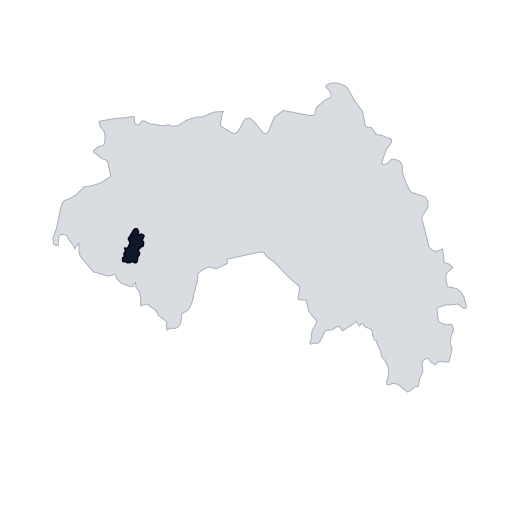 Fria, Fria, Guinea shown in context, rotated 348°
{"feature_id": "49546643B99930178329351", "entity_name": "Fria", "entity_type": "district", "adm_level": 2, "iso_a3": "GIN", "parent_name": "Guinea", "parent_adm1": "Fria", "projection": "robinson", "projection_center": [-13.565, 10.528], "detail": "fine", "context": "in_parent", "style": "filled", "palette": "ink", "viewbox_px": 512, "rotation_deg": 348, "n_neighbors": 0, "source": "geoboundaries", "source_scale": "gbopen_adm2", "svg_char_len": 5496}
<svg xmlns="http://www.w3.org/2000/svg" viewBox="0 0 512 512"><g transform="rotate(348 256 256)"><path d="M313.4,344.0L309.3,343.3L307.5,344.2L302.1,351.4L298.8,354.2L293.8,353.3L292.0,353.8L290.6,353.0L292.5,349.1L295.0,341.3L301.7,333.4L301.8,331.8L299.1,327.2L296.2,320.9L296.2,314.2L295.6,309.4L289.8,308.0L288.7,307.2L288.5,305.6L291.8,297.2L292.1,295.5L291.7,294.0L288.1,289.7L282.4,281.8L272.7,265.6L269.1,262.1L265.6,257.2L264.3,254.0L260.7,252.9L226.9,253.1L226.3,257.3L214.7,260.2L207.5,256.9L199.6,258.8L195.7,261.0L192.7,270.5L191.0,272.5L189.3,276.7L187.7,279.1L186.0,283.8L182.2,290.4L178.2,294.7L171.4,297.1L169.3,304.1L167.8,306.7L165.2,308.7L162.4,310.1L156.8,308.7L153.7,310.0L153.2,308.2L155.0,302.7L153.6,299.8L148.3,294.0L147.8,291.2L146.1,287.6L139.1,280.2L132.6,280.7L134.4,274.4L134.3,266.2L132.1,261.6L132.7,257.0L131.5,257.3L129.3,260.5L125.8,259.5L118.7,254.6L115.1,249.8L114.7,245.7L113.9,244.2L111.7,245.0L107.2,244.9L93.7,237.7L84.0,219.6L83.8,215.5L85.2,208.4L84.9,206.5L80.4,211.2L79.6,208.0L76.2,200.7L75.2,196.5L72.0,194.7L69.4,194.4L67.3,195.7L64.7,204.3L62.7,204.2L60.6,202.4L61.1,196.0L66.3,188.1L75.1,168.0L78.2,163.4L80.2,161.8L84.3,161.6L92.4,158.9L102.3,152.7L109.8,153.1L118.8,152.4L130.4,148.1L130.6,134.6L130.2,131.6L126.0,128.9L123.6,126.5L121.5,123.6L119.0,121.4L119.1,119.2L124.3,116.3L129.0,116.4L130.6,115.3L131.8,113.3L133.1,108.5L133.6,103.3L130.5,96.5L130.6,91.6L147.7,92.3L157.1,93.6L164.8,94.0L166.0,95.1L164.9,99.9L165.9,102.6L168.5,103.4L172.8,100.1L175.1,100.8L179.9,104.9L184.3,106.1L189.2,108.3L193.8,109.5L197.8,109.4L200.9,111.7L206.6,112.4L214.0,109.5L219.8,108.2L227.9,107.9L232.2,108.8L244.5,106.5L254.3,107.8L252.8,109.4L248.3,120.2L248.9,122.1L258.8,131.2L261.1,131.9L263.8,130.7L268.1,126.4L271.4,121.9L274.6,119.7L278.4,119.8L281.4,123.0L288.5,136.6L290.3,138.3L292.0,138.2L295.1,135.7L296.6,132.8L303.1,123.8L313.2,119.4L337.2,129.6L340.8,130.4L342.9,129.6L345.8,123.5L354.9,118.4L359.2,117.0L361.7,116.8L362.6,115.1L363.0,112.7L362.5,110.1L359.7,105.5L359.6,104.2L361.2,103.3L364.7,102.6L369.1,103.1L374.2,105.1L378.3,107.9L380.6,111.3L385.2,125.6L390.3,136.8L390.1,151.9L392.4,153.4L394.9,154.0L396.0,155.2L398.5,161.4L400.8,163.2L403.6,163.6L408.8,167.6L412.2,169.2L412.6,170.3L412.5,172.0L411.2,174.1L406.2,178.2L403.8,181.8L398.7,190.3L398.5,191.9L399.6,193.0L401.8,193.2L404.0,192.6L408.7,189.5L412.4,190.6L416.0,193.0L417.3,195.5L417.7,198.7L416.9,202.9L416.8,207.5L418.0,215.5L419.9,223.4L421.8,226.3L433.7,233.3L434.8,235.9L435.4,238.9L434.6,242.9L433.4,245.1L426.9,251.4L425.9,254.3L426.4,259.8L427.0,283.1L429.6,287.0L432.6,289.0L439.8,287.9L439.6,294.3L438.6,301.6L442.8,303.8L444.9,306.0L446.1,308.1L439.5,311.9L437.6,314.2L436.8,320.2L437.0,325.8L445.8,329.8L449.3,334.4L450.8,339.3L451.4,348.5L450.6,350.6L448.3,350.6L443.8,345.0L436.9,344.4L431.8,343.3L423.3,344.1L421.9,345.7L420.9,357.9L423.0,360.0L427.0,362.3L429.7,363.2L431.9,363.0L433.6,364.5L434.0,368.5L432.8,371.4L430.6,374.1L427.8,381.2L428.5,387.6L423.7,397.9L422.3,399.9L415.9,397.9L411.8,397.2L408.8,399.8L404.7,395.8L403.9,392.6L402.4,392.0L399.6,392.0L397.0,393.7L395.9,397.0L395.3,403.6L390.7,409.8L387.5,417.6L383.7,416.9L382.8,417.8L378.8,419.9L375.4,420.4L374.4,418.3L372.4,416.7L370.2,413.4L367.6,410.7L362.7,408.8L360.8,409.6L358.5,409.4L357.0,408.4L357.2,406.8L359.7,402.7L361.2,399.0L362.0,394.9L361.9,391.0L360.6,385.6L358.4,381.2L357.8,378.7L358.1,375.1L357.5,371.8L356.8,370.1L355.8,363.7L354.5,362.6L353.7,357.5L353.9,352.3L352.0,350.4L349.1,348.9L347.3,346.9L346.2,344.7L345.1,344.0L344.2,344.1L343.4,345.5L342.4,345.8L340.7,341.0L339.9,340.8L338.7,341.9L325.0,347.3L323.2,342.7L320.6,341.9L316.0,343.7L313.4,344.0Z" fill="#d9dde1" stroke="#a8b0b8" stroke-width="1"/><path d="M128.6,235.9L129.1,235.9L129.9,235.9L130.5,236.0L131.1,236.4L132.5,236.0L133.6,235.3L134.0,235.9L134.6,236.1L135.2,236.8L136.1,237.5L137.0,237.6L137.8,237.4L138.3,237.1L139.7,234.0L140.0,233.0L140.1,232.4L140.6,231.8L141.1,231.5L141.6,231.1L142.6,229.6L142.6,229.0L142.8,228.8L142.8,228.4L142.4,227.9L141.7,226.9L142.3,225.4L142.9,225.4L142.9,224.8L143.1,224.4L143.5,223.8L143.9,223.8L144.1,223.9L144.3,224.0L144.5,224.0L144.8,224.0L144.9,223.8L145.3,223.4L145.6,223.0L145.8,222.8L146.3,222.8L147.1,223.1L147.4,222.8L147.8,222.6L148.0,222.2L148.2,221.5L148.3,221.5L148.6,220.0L148.9,219.3L148.9,218.8L148.2,217.8L147.9,217.5L148.0,216.7L148.3,216.5L148.8,215.6L149.2,215.3L149.5,214.9L149.5,214.6L150.3,213.8L150.6,212.9L149.8,211.6L149.7,211.5L149.3,211.4L148.9,211.4L148.8,211.2L148.3,210.6L148.0,210.7L147.9,210.7L147.7,210.9L147.4,211.1L147.2,211.2L146.8,211.2L146.7,211.4L146.3,211.6L145.9,211.5L145.7,211.5L145.7,211.2L145.6,209.4L146.2,208.2L146.1,206.8L145.9,206.6L145.9,206.1L145.3,205.8L144.6,205.0L144.4,204.5L144.6,204.4L143.8,204.2L143.2,204.3L141.8,205.1L139.1,208.0L137.5,209.6L137.5,209.8L134.7,212.4L134.9,213.6L135.4,214.0L135.0,214.8L135.3,215.2L135.7,215.5L135.7,216.6L135.2,217.1L135.1,217.4L135.0,217.5L134.9,217.9L134.8,218.2L134.6,218.5L134.4,218.7L134.2,219.0L133.8,219.2L133.6,219.9L133.2,220.0L132.6,221.1L131.4,221.6L130.7,221.7L130.1,221.6L129.7,221.0L129.2,220.9L129.1,221.0L129.1,221.4L129.3,221.6L129.5,222.1L128.8,225.1L127.9,225.5L127.5,225.9L127.2,226.6L127.2,227.8L127.4,228.2L127.5,228.9L127.0,229.5L126.5,229.7L126.1,229.6L125.2,230.1L124.5,233.0L124.7,233.9L125.0,234.0L125.9,234.0L127.1,234.6L128.0,234.6L128.0,234.9L128.4,235.4L128.6,235.9L128.6,235.9Z" fill="#0f172a" stroke="#020617" stroke-width="1.5"/></g></svg>